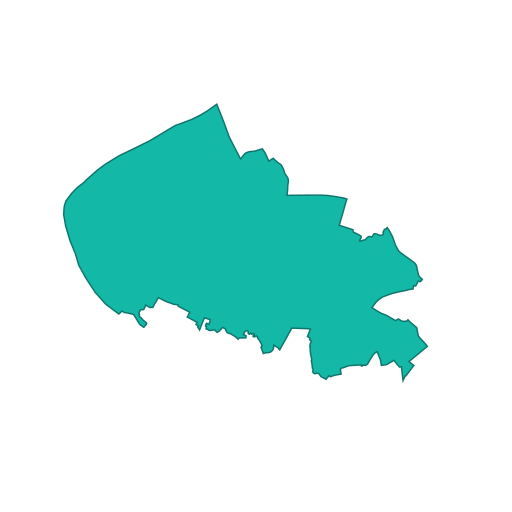 Hoang Mai, Ha Noi, Vietnam (Albers equal-area conic projection), rotated 208°
{"feature_id": "81297802B90742047749751", "entity_name": "Hoang Mai", "entity_type": "district", "adm_level": 2, "iso_a3": "VNM", "parent_name": "Vietnam", "parent_adm1": "Ha Noi", "projection": "albers", "projection_center": [105.847, 20.974], "detail": "fine", "context": "isolated", "style": "filled", "palette": "teal", "viewbox_px": 512, "rotation_deg": 208, "n_neighbors": 0, "source": "geoboundaries", "source_scale": "gbopen_adm2", "svg_char_len": 5469}
<svg xmlns="http://www.w3.org/2000/svg" viewBox="0 0 512 512"><g transform="rotate(208 256 256)"><path d="M416.3,173.0L408.2,164.7L396.5,157.0L380.9,148.4L366.0,142.9L349.9,140.4L348.4,144.6L347.6,144.4L346.5,144.3L346.0,144.3L345.5,144.4L345.2,144.5L343.1,145.2L342.4,145.5L339.4,146.2L338.0,146.6L336.9,146.8L336.4,146.7L335.2,146.1L330.5,143.3L326.8,141.2L325.9,140.8L324.6,140.7L322.1,140.4L321.6,140.4L321.4,141.1L321.3,141.6L321.1,142.6L320.8,144.0L320.9,144.6L320.9,145.1L321.1,145.3L321.4,145.5L322.6,145.8L324.6,146.2L325.6,146.4L326.2,146.6L326.7,146.8L327.3,147.0L327.6,147.2L328.1,147.3L328.7,147.6L329.6,147.7L330.3,147.9L331.4,148.6L331.3,149.5L332.5,150.4L332.6,150.5L332.7,151.9L332.7,152.6L332.5,154.7L330.5,155.5L330.0,156.2L330.3,160.9L325.7,160.7L324.9,161.1L323.0,162.2L323.0,165.6L322.7,172.5L322.7,173.4L315.5,173.5L312.3,173.8L308.1,174.5L306.0,174.7L302.1,176.3L301.1,175.1L296.6,175.2L291.9,175.2L289.7,175.3L288.1,175.2L288.0,169.8L285.6,169.9L282.8,169.8L280.9,169.9L280.4,169.8L276.7,169.7L276.8,167.9L276.8,167.3L274.1,167.4L274.1,165.9L271.1,164.2L271.8,169.8L272.5,177.2L266.6,178.3L266.3,177.6L265.9,176.4L265.6,174.3L265.4,173.6L265.9,173.5L268.2,173.3L267.8,170.5L266.6,170.3L265.9,168.2L264.0,168.5L263.9,168.5L263.3,168.4L262.1,168.4L261.0,169.0L258.9,170.7L257.3,171.4L256.6,171.0L255.0,170.3L254.2,170.7L253.3,172.2L251.9,177.3L249.6,177.3L248.8,177.2L248.3,176.8L247.7,176.2L246.3,175.2L245.7,174.9L244.9,174.8L242.4,175.3L240.0,175.3L236.4,175.1L232.8,174.1L232.5,175.6L226.5,179.0L227.3,180.9L230.3,180.8L230.3,184.4L229.4,185.3L228.5,186.0L227.4,185.5L226.6,184.2L226.4,183.9L225.9,183.8L225.1,183.8L224.9,184.0L224.6,184.6L224.6,185.4L224.3,185.5L223.7,185.4L223.0,185.0L221.4,186.5L220.3,185.4L220.8,184.8L221.1,184.2L221.0,183.9L220.8,183.6L220.1,183.5L219.3,184.1L217.8,185.7L217.5,185.7L216.8,185.2L215.8,184.2L214.8,183.8L210.2,181.0L208.4,179.6L208.8,177.9L203.7,173.3L202.6,174.6L201.7,175.3L199.0,177.0L198.4,177.7L197.9,178.3L197.4,179.6L197.1,180.8L197.1,181.8L197.3,183.0L197.7,183.9L198.5,185.6L192.8,185.3L192.5,185.0L192.2,184.6L191.7,184.4L191.0,184.3L190.9,190.3L190.7,198.0L190.6,209.0L190.3,209.2L189.2,209.7L189.2,209.8L186.8,211.0L185.3,211.7L183.0,212.8L181.1,213.7L181.0,213.8L180.8,213.9L179.3,214.6L177.3,215.6L174.2,216.8L173.7,217.0L173.7,216.9L172.7,209.0L169.7,208.8L169.3,207.2L167.1,207.0L167.0,204.3L166.5,202.8L165.9,201.4L164.7,199.7L164.2,198.8L163.7,198.0L162.7,196.4L161.2,194.2L160.5,193.8L159.8,192.8L158.4,191.1L158.0,189.7L157.8,189.2L157.4,188.9L155.1,185.9L154.0,184.0L153.7,183.5L153.4,183.4L153.1,183.3L152.7,183.3L151.6,180.6L150.7,179.7L148.7,179.7L147.1,181.1L146.0,181.5L145.0,181.5L143.8,180.9L142.0,180.0L141.0,180.0L139.3,180.1L136.3,180.0L136.2,180.7L136.1,181.5L135.9,182.2L135.2,184.7L133.7,184.3L130.6,187.6L125.4,191.7L128.2,195.5L128.3,196.0L128.3,196.5L127.9,197.1L126.3,198.5L123.6,201.6L122.1,203.0L111.9,209.3L111.6,209.0L111.4,208.4L110.6,208.7L110.9,209.4L110.0,209.9L107.7,211.0L107.5,211.5L106.7,213.0L106.7,215.6L106.5,219.7L106.4,221.3L106.1,223.8L105.6,225.9L104.8,227.4L104.1,228.4L102.3,226.9L98.0,223.3L96.8,222.0L94.2,218.6L94.0,218.3L91.8,219.8L90.1,221.1L89.6,221.7L88.5,223.4L87.9,224.3L87.5,225.0L87.0,225.7L86.9,225.9L86.1,227.2L85.6,228.1L85.3,228.6L77.2,225.3L76.6,225.8L75.6,226.5L71.4,220.4L67.7,215.1L68.0,220.3L67.4,220.5L65.5,232.0L65.2,233.4L71.4,234.6L64.5,251.3L62.3,256.7L64.7,257.7L68.1,259.0L73.1,260.7L75.1,261.6L77.2,264.1L80.4,268.2L87.9,269.8L91.9,271.0L92.4,269.1L94.1,268.2L96.0,267.0L100.7,267.2L102.0,265.1L102.6,264.5L106.8,264.6L113.2,264.8L118.8,264.2L124.3,264.4L127.4,264.7L129.3,264.9L129.0,267.5L128.8,269.0L128.3,271.5L127.4,274.4L126.4,276.6L124.8,279.6L122.0,282.7L118.2,286.8L112.9,291.6L108.6,295.0L105.4,298.0L101.8,300.7L102.5,302.2L102.8,303.8L102.2,304.1L101.1,304.4L100.9,305.2L100.9,306.8L101.0,309.5L100.7,310.3L99.2,310.3L99.0,310.5L98.3,312.1L98.2,313.5L101.2,314.2L103.3,315.3L104.8,316.8L109.2,322.1L110.6,323.4L112.2,324.1L114.2,324.6L115.0,324.7L118.3,325.2L125.1,326.1L130.9,327.0L132.8,327.7L138.0,331.1L144.6,337.2L149.9,340.8L153.5,342.7L153.7,341.8L153.8,341.1L154.4,340.6L154.8,340.2L155.0,339.7L155.1,338.0L154.9,336.4L154.3,336.0L153.9,335.3L153.9,334.5L154.3,334.0L155.4,332.8L157.1,332.3L159.8,332.0L161.6,331.5L162.3,330.8L162.4,328.7L162.5,327.6L163.0,327.1L164.5,326.7L165.9,325.8L166.6,324.0L167.3,321.3L168.4,320.7L169.5,319.6L170.7,318.2L171.4,318.0L171.7,318.1L171.8,318.8L171.8,320.7L172.0,322.3L172.5,322.8L173.3,322.9L175.1,323.0L178.9,322.9L180.8,322.8L181.7,322.9L182.7,324.7L184.0,324.5L197.0,322.2L197.3,324.2L198.2,328.1L199.1,332.9L200.8,340.6L201.9,345.7L202.4,348.5L202.4,348.9L204.3,348.7L206.6,348.1L211.4,346.5L213.4,345.9L221.3,343.0L227.5,340.1L236.3,335.4L243.7,331.4L257.1,324.1L258.9,328.7L259.7,330.4L260.7,332.4L261.7,335.0L262.4,337.1L264.0,339.4L265.9,340.6L269.6,342.6L270.2,343.3L271.0,344.1L271.8,345.0L275.4,347.6L277.0,348.4L279.5,348.6L284.2,349.6L286.6,350.4L289.3,345.8L293.2,348.9L296.5,351.4L300.7,353.6L306.6,347.8L311.0,344.9L313.2,342.5L313.9,341.0L314.4,338.6L315.2,334.4L332.8,346.6L336.1,349.0L342.0,354.4L347.6,359.4L361.9,371.6L367.1,361.2L371.6,353.8L377.4,345.8L388.6,333.2L389.8,331.3L403.9,307.9L414.0,293.8L423.9,280.3L431.9,266.7L436.2,257.8L441.7,243.1L442.5,240.0L445.8,232.9L448.1,225.1L449.7,215.3L448.6,209.8L448.3,209.1L445.3,202.3L438.1,193.1L427.5,182.3L416.3,173.0Z" fill="#14b8a6" stroke="#0f766e" stroke-width="1.5"/></g></svg>